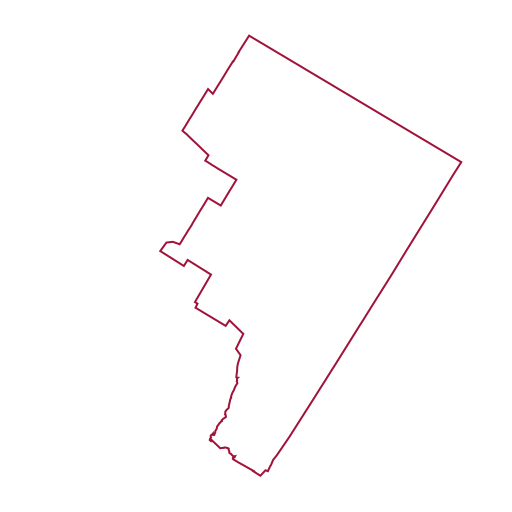 Pocho, Córdoba, Argentina (Robinson projection), rotated 121°
{"feature_id": "61730980B20468593076410", "entity_name": "Pocho", "entity_type": "district", "adm_level": 2, "iso_a3": "ARG", "parent_name": "Argentina", "parent_adm1": "Córdoba", "projection": "robinson", "projection_center": [-65.259, -31.51], "detail": "fine", "context": "isolated", "style": "outline", "palette": "rose", "viewbox_px": 512, "rotation_deg": 121, "n_neighbors": 0, "source": "geoboundaries", "source_scale": "gbopen_adm2", "svg_char_len": 5738}
<svg xmlns="http://www.w3.org/2000/svg" viewBox="0 0 512 512"><g transform="rotate(121 256 256)"><path d="M69.8,128.4L70.7,375.4L71.0,375.4L90.2,375.9L90.2,375.7L101.0,375.6L101.1,376.0L112.0,376.2L114.5,376.2L119.0,376.2L130.9,376.4L139.2,376.5L137.6,383.1L140.5,383.1L149.8,383.2L151.4,383.3L152.9,383.3L153.4,383.3L154.4,383.3L155.8,383.3L156.3,383.3L157.2,383.3L159.6,383.4L161.0,383.4L162.8,383.4L164.4,383.4L164.8,383.4L165.3,383.4L166.2,383.4L166.3,383.4L167.9,383.4L170.0,383.4L170.5,383.4L171.9,383.5L172.8,383.5L174.7,383.5L176.1,383.5L177.5,383.5L179.0,383.5L179.5,383.5L180.4,383.5L180.9,383.5L182.4,383.5L182.9,383.5L183.4,383.6L184.9,383.6L185.9,383.6L186.4,383.6L186.5,383.6L186.6,383.0L186.8,381.8L187.1,380.0L187.2,379.0L187.3,378.5L187.5,377.5L187.6,377.0L187.9,376.1L188.1,375.1L188.2,374.7L188.4,373.7L188.6,372.8L188.9,371.7L189.2,370.3L189.3,369.9L189.5,369.0L190.0,366.7L190.5,364.4L191.0,362.2L191.4,360.4L191.5,359.9L191.7,359.0L192.2,357.2L192.7,354.9L193.2,352.7L193.7,350.4L193.8,350.0L194.0,349.0L194.1,348.6L194.7,348.6L195.1,348.6L196.1,348.6L198.0,348.6L198.5,348.6L199.4,348.6L200.4,348.6L200.4,347.6L200.4,347.1L200.4,345.6L200.5,343.6L200.5,343.2L200.5,342.3L200.6,340.9L200.6,339.4L200.6,338.9L200.6,337.9L200.7,333.7L200.7,332.3L200.7,331.8L200.7,330.9L200.7,329.9L200.7,329.4L200.7,328.4L200.7,327.5L200.7,327.0L200.7,326.0L200.7,325.6L200.7,324.6L200.7,323.6L200.7,323.2L200.7,322.2L200.7,321.7L200.7,321.3L200.7,320.3L200.7,319.8L200.7,318.9L200.7,316.5L200.7,316.3L200.7,313.0L200.7,312.6L200.7,312.1L201.2,312.1L202.2,312.1L202.6,312.1L203.6,312.1L205.6,312.1L208.0,312.1L209.0,312.1L210.9,312.1L211.3,312.1L212.3,312.2L212.8,312.2L214.2,312.2L214.7,312.2L215.6,312.2L216.1,312.2L217.5,312.2L218.0,312.2L218.5,312.2L221.0,312.2L222.4,312.2L223.9,312.2L225.7,312.2L226.3,312.2L228.1,312.2L228.6,312.2L229.1,312.2L230.9,312.2L230.9,313.2L230.9,313.7L230.9,314.7L230.9,315.2L230.9,316.3L230.9,316.8L230.9,317.3L230.9,317.8L230.9,319.8L230.9,323.6L230.9,324.2L230.9,325.1L230.9,325.6L230.9,327.1L232.7,327.1L234.6,327.1L236.4,327.1L238.3,327.1L240.1,327.1L242.0,327.1L244.3,327.2L246.1,327.2L246.6,327.2L247.5,327.2L248.9,327.2L251.5,327.2L252.0,327.2L252.5,327.2L253.4,327.2L254.3,327.2L254.8,327.2L255.7,327.2L257.6,327.2L258.1,327.2L259.0,327.2L260.4,327.2L262.2,327.1L262.7,327.1L264.3,327.1L266.0,327.2L267.4,327.2L269.0,327.3L269.5,327.3L270.0,327.3L270.4,327.3L271.4,327.3L272.3,327.3L272.8,327.3L273.7,327.3L274.2,327.3L275.6,327.4L276.0,327.4L277.4,327.4L277.9,327.4L279.3,327.4L279.7,327.4L281.1,327.4L281.6,327.4L282.5,327.4L283.0,327.4L283.5,327.4L284.9,327.5L285.3,327.5L285.7,329.9L286.2,332.1L286.7,334.6L290.6,339.7L298.5,340.4L301.1,340.6L301.5,321.1L301.7,312.7L294.6,312.6L295.1,285.0L326.9,284.6L327.0,281.6L331.5,281.2L331.5,260.6L331.5,257.1L331.5,246.0L327.5,245.8L324.8,245.7L328.8,228.9L329.2,226.8L345.8,225.4L349.0,218.1L356.9,216.3L359.5,215.4L360.9,214.8L361.3,214.6L363.0,213.7L363.8,213.2L364.3,213.0L365.1,212.6L366.2,212.2L366.8,211.9L367.3,211.7L368.2,211.3L370.1,210.4L370.0,209.7L369.8,209.1L369.7,208.9L370.4,209.1L370.9,209.0L371.4,208.9L372.0,208.6L372.6,208.0L372.7,207.9L372.8,207.9L373.1,207.9L373.3,207.9L373.5,207.8L373.8,207.4L374.2,206.9L374.6,206.6L374.8,206.4L376.2,206.5L377.1,206.5L377.6,206.5L378.0,206.6L378.5,206.5L379.1,206.4L380.1,206.3L382.1,205.9L383.1,205.8L383.5,205.9L383.9,205.9L384.1,205.9L386.5,205.6L387.9,205.3L388.4,205.2L389.3,204.9L390.2,204.7L390.4,204.2L391.2,204.2L391.7,204.3L394.0,203.6L394.5,203.4L395.4,203.1L397.2,202.5L397.7,202.4L398.2,202.2L400.2,201.2L401.2,201.4L403.2,202.0L404.4,202.1L405.4,202.1L406.0,201.6L407.0,201.2L407.6,201.1L407.7,200.6L407.8,200.3L408.2,200.1L408.7,199.4L408.9,199.2L409.4,198.9L409.6,198.9L410.3,199.3L410.8,199.4L411.2,199.6L411.8,200.0L412.3,200.2L412.4,200.3L412.8,200.4L413.4,200.5L414.0,200.6L414.3,200.8L414.9,200.5L415.1,200.2L415.5,200.5L416.0,200.8L416.5,200.8L416.9,200.8L417.3,200.8L418.0,201.2L418.5,201.3L418.9,201.2L419.3,201.3L419.8,201.3L420.4,201.3L420.8,201.3L421.0,201.4L421.2,201.5L421.5,201.5L422.5,201.4L423.2,201.2L423.7,200.9L424.0,200.8L424.8,200.7L425.0,200.7L425.5,200.7L426.1,200.7L426.3,200.8L426.5,200.8L426.9,200.8L427.8,200.2L428.6,200.0L429.3,199.9L430.1,199.9L430.7,199.7L430.8,199.6L431.2,199.8L431.5,200.7L431.6,201.1L431.3,201.2L430.7,201.4L430.5,201.5L431.6,201.7L432.2,202.1L432.6,202.2L433.4,202.2L434.0,201.8L434.4,201.7L434.8,201.6L434.9,201.8L434.9,201.1L435.4,201.2L435.9,201.2L436.0,201.2L436.4,201.2L436.8,201.2L437.6,200.8L437.6,200.4L437.8,199.9L437.8,199.5L437.8,199.3L437.8,199.1L436.6,199.1L437.1,197.1L438.3,191.5L439.2,187.6L438.8,187.1L438.4,186.7L437.6,185.7L437.1,184.8L436.5,184.6L436.3,184.3L436.3,184.1L436.1,183.8L435.8,183.3L435.5,182.4L435.5,182.0L435.3,181.4L435.1,180.9L435.1,180.7L435.2,180.2L435.5,180.0L436.2,179.7L436.5,179.2L436.9,178.5L437.0,178.4L437.3,178.2L437.9,177.9L438.3,177.7L438.5,177.4L438.6,177.2L438.6,176.6L438.5,176.0L438.5,175.5L438.6,175.1L438.9,174.6L439.0,174.0L439.2,173.5L439.3,173.1L439.1,172.1L438.9,171.8L438.8,171.4L438.6,171.0L438.5,170.9L438.8,170.9L439.1,170.7L439.4,170.7L439.7,170.9L440.1,171.0L440.4,171.2L440.5,171.6L440.8,171.8L441.1,171.8L441.8,171.4L441.9,171.1L442.0,170.9L442.0,164.7L441.7,155.2L441.7,154.7L441.7,154.3L441.5,147.7L441.5,147.2L441.9,147.4L442.1,139.1L434.8,137.5L434.5,136.1L434.3,135.0L428.7,135.6L427.3,135.5L422.1,136.3L416.0,135.5L393.4,134.2L393.0,134.2L350.9,133.1L328.6,132.6L326.0,132.5L324.3,132.5L314.1,132.3L306.2,132.1L305.6,132.1L260.6,131.3L258.7,131.2L239.9,130.9L229.3,130.7L225.9,130.6L201.9,130.1L174.1,129.9L161.0,129.7L152.9,129.6L140.0,129.4L118.4,129.1L84.4,128.8L70.2,128.4L69.8,128.4Z" fill="none" stroke="#9f1239" stroke-width="2"/></g></svg>